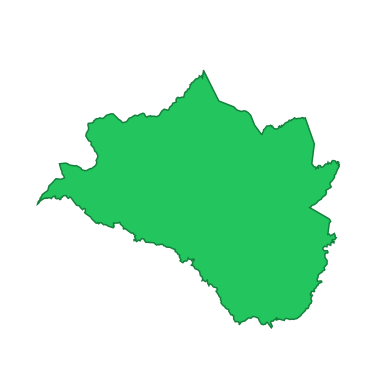 San José Del Fragua, Caquetá, Colombia, rotated 280°
{"feature_id": "7082276B10460666438069", "entity_name": "San José Del Fragua", "entity_type": "district", "adm_level": 2, "iso_a3": "COL", "parent_name": "Colombia", "parent_adm1": "Caquetá", "projection": "albers", "projection_center": [-76.127, 1.343], "detail": "fine", "context": "isolated", "style": "filled", "palette": "green", "viewbox_px": 384, "rotation_deg": 280, "n_neighbors": 0, "source": "geoboundaries", "source_scale": "gbopen_adm2", "svg_char_len": 6007}
<svg xmlns="http://www.w3.org/2000/svg" viewBox="0 0 384 384"><g transform="rotate(280 192 192)"><path d="M314.1,182.0L313.2,182.4L310.7,182.2L310.1,182.9L308.5,181.5L307.6,182.7L306.4,182.5L307.2,182.1L306.8,181.4L307.7,179.1L306.5,179.2L304.6,177.9L303.9,176.0L300.5,174.1L299.6,172.8L297.8,172.1L297.1,171.4L296.7,171.9L293.2,171.4L292.5,169.8L289.9,169.4L289.9,168.6L288.6,167.7L283.9,167.4L283.6,165.4L282.5,163.5L282.8,161.7L282.3,161.0L280.5,160.2L277.9,160.9L276.0,157.6L274.1,157.3L271.6,155.3L269.1,154.9L268.4,154.1L268.7,150.2L266.6,148.3L261.8,146.4L260.1,144.3L260.0,140.8L259.4,139.2L260.0,137.8L259.3,137.2L259.0,135.7L257.9,134.7L258.4,133.1L260.7,131.5L261.1,130.1L258.9,126.5L257.6,125.6L257.7,122.4L254.5,118.9L253.9,117.4L249.8,115.3L248.3,112.0L248.4,111.2L249.9,109.4L250.7,107.3L255.2,100.8L255.0,98.9L252.7,94.4L249.2,91.9L248.8,90.4L249.1,88.3L248.2,87.5L247.5,85.0L244.6,82.7L243.6,82.8L242.7,81.9L241.6,78.0L240.2,77.8L237.2,79.0L235.3,79.2L231.6,77.8L228.8,77.7L224.5,81.3L224.0,83.5L223.2,84.3L220.9,84.3L218.4,87.6L215.3,89.2L214.5,90.8L211.7,92.8L210.0,93.2L206.5,92.1L204.5,93.1L202.6,92.9L201.0,92.2L197.5,88.9L197.4,87.7L194.6,84.2L194.5,80.6L195.2,79.2L196.2,78.5L197.9,73.6L197.4,72.4L197.3,66.3L198.2,64.9L198.5,62.5L196.8,56.6L191.4,59.1L190.1,60.2L187.5,60.9L185.4,63.1L183.7,63.9L181.7,60.7L181.5,56.1L181.1,55.4L177.0,53.0L173.2,50.1L168.4,49.7L163.6,45.0L161.7,44.7L159.4,43.5L157.7,43.6L156.0,42.3L153.3,42.0L154.4,43.0L156.1,43.5L157.5,44.9L158.7,45.1L158.5,45.9L160.2,47.7L160.3,49.2L161.0,49.6L160.7,50.6L161.7,52.4L161.1,54.6L162.3,55.1L163.6,56.5L164.2,58.0L163.8,58.5L162.7,58.2L162.1,58.7L161.8,60.2L162.4,61.0L162.5,62.1L161.6,62.9L162.0,64.0L164.1,64.2L164.4,65.2L166.0,65.9L166.6,68.7L164.7,70.3L164.3,71.4L165.8,72.5L165.9,73.2L159.0,80.5L158.8,83.6L157.4,84.7L155.6,87.3L157.0,88.5L156.9,89.8L154.4,90.5L153.3,89.8L152.4,90.6L149.6,96.9L148.4,97.6L144.7,103.0L144.8,104.1L145.6,104.7L144.6,105.7L145.6,106.4L146.0,107.9L144.4,110.7L144.8,111.5L144.6,114.2L143.9,115.1L143.1,120.5L144.3,121.3L145.2,120.4L145.8,120.9L147.0,120.1L148.0,120.4L147.7,121.2L148.3,122.1L148.4,124.3L149.6,125.7L149.3,126.5L148.3,126.7L147.3,127.9L146.2,129.9L145.0,130.8L143.9,130.7L143.6,131.1L144.4,132.4L141.0,139.2L141.3,141.1L140.1,142.1L139.3,144.0L137.9,143.2L135.7,144.9L135.1,143.2L134.1,143.4L134.6,144.6L133.6,146.1L135.2,147.5L134.9,149.4L136.4,149.9L137.5,150.9L137.1,153.3L136.2,153.5L134.5,155.2L135.4,163.2L133.6,166.3L134.3,167.3L134.2,168.7L135.0,169.8L134.9,170.6L135.4,171.5L135.2,172.6L134.2,173.5L134.2,174.7L133.3,176.5L133.7,179.9L132.6,183.8L132.7,185.0L132.4,185.6L131.2,185.4L130.3,186.1L129.9,187.6L128.2,189.0L127.6,190.9L125.9,190.8L123.5,192.8L122.2,192.2L120.8,195.0L121.0,195.6L122.9,196.6L123.0,198.7L124.6,199.6L126.4,199.7L125.3,201.3L125.3,203.0L124.3,203.6L124.7,204.1L125.9,204.0L126.2,205.6L125.4,206.0L123.1,204.9L121.1,204.9L119.8,204.0L119.5,204.9L119.8,206.1L117.0,208.3L116.4,211.4L115.0,213.3L111.1,214.8L110.3,216.5L108.2,217.7L106.5,217.3L107.1,218.6L106.1,220.7L107.8,222.4L105.3,223.1L102.8,224.9L104.5,225.4L104.7,225.9L104.1,227.6L102.2,229.5L102.0,232.9L100.5,234.0L98.5,232.9L95.9,235.5L93.5,237.2L92.9,238.6L91.2,238.6L89.6,239.8L87.9,239.8L85.6,242.3L84.9,244.1L83.8,244.8L83.0,246.2L82.6,248.6L81.0,249.0L77.8,251.6L78.2,252.9L77.6,253.2L77.0,254.6L74.1,255.1L71.7,257.2L72.3,259.2L71.7,261.4L71.2,261.7L70.2,261.2L69.9,261.8L72.7,263.2L74.3,266.6L77.9,269.5L78.0,272.1L79.9,273.3L80.1,275.6L79.3,279.3L77.1,280.5L74.0,283.2L73.7,285.0L74.6,287.3L76.3,287.9L76.8,288.7L72.1,293.7L73.7,294.4L76.9,292.2L78.1,292.2L78.6,292.6L79.0,294.4L80.5,295.1L80.9,296.0L80.7,297.1L82.1,296.7L82.8,296.9L82.7,297.7L81.2,298.5L82.0,300.1L81.5,305.1L82.9,305.5L83.7,306.3L83.9,308.1L83.4,310.5L84.1,311.8L84.1,313.7L85.6,317.3L89.4,320.8L90.5,321.0L94.7,324.1L97.1,324.8L97.3,326.2L97.9,326.7L101.6,327.1L103.1,328.6L105.4,328.9L108.1,327.4L111.3,328.6L111.5,328.2L111.0,327.1L111.4,326.3L112.1,326.2L113.0,327.0L114.4,326.7L115.1,327.5L114.9,329.1L115.3,329.8L115.9,329.9L116.9,329.0L117.5,329.1L118.9,330.6L121.1,331.1L121.9,332.2L123.6,332.4L125.8,335.4L126.7,335.1L126.8,334.5L125.9,331.2L127.4,330.3L130.1,330.9L132.6,330.8L133.7,332.1L134.7,332.4L135.2,333.8L136.7,334.1L138.0,336.1L138.7,336.2L139.8,335.3L140.6,335.2L144.5,337.5L148.1,336.9L150.3,334.5L152.4,333.8L154.5,333.8L155.2,334.6L155.5,336.1L156.3,336.4L157.7,335.4L157.2,333.1L157.4,331.9L158.4,330.9L159.5,330.6L161.5,331.8L161.5,334.4L163.3,334.3L164.1,334.9L163.6,337.8L166.2,337.7L166.8,338.1L166.5,340.6L167.7,340.6L168.3,338.5L169.1,338.3L169.7,338.9L169.7,340.8L172.1,342.0L172.6,340.6L174.2,340.5L175.9,339.3L172.9,336.1L174.5,334.1L173.9,333.1L185.3,332.6L187.1,333.7L189.2,332.0L197.1,310.5L198.2,311.8L199.7,312.5L200.8,314.6L203.0,316.7L205.1,317.8L207.7,320.8L209.0,321.0L212.6,324.3L215.5,324.3L216.8,323.5L220.8,328.1L221.3,328.2L223.2,326.6L225.1,326.4L227.2,328.0L231.1,329.8L233.2,329.4L234.6,330.4L239.0,331.2L242.7,332.5L243.6,331.4L243.9,332.3L244.6,332.4L245.4,331.2L246.6,331.5L247.1,330.8L247.1,330.0L245.8,330.3L245.3,329.5L247.4,327.7L247.5,325.3L246.5,324.3L244.1,324.0L244.5,322.6L243.6,321.6L244.8,320.8L243.3,320.6L242.7,318.6L239.6,316.8L238.7,314.9L240.3,313.9L240.0,312.0L238.8,311.4L238.2,312.2L237.4,312.2L237.6,311.0L236.6,310.0L237.8,310.0L238.3,307.5L240.6,305.1L260.6,304.1L284.7,290.6L283.7,289.4L284.4,288.7L284.4,287.4L283.2,285.9L283.2,284.6L282.1,281.7L282.9,280.1L281.0,278.6L280.2,277.2L279.4,277.1L279.6,275.3L277.6,274.3L277.0,272.9L275.8,271.6L273.4,270.3L273.0,269.5L273.3,268.8L272.9,268.5L271.8,269.0L271.2,268.0L272.2,266.7L271.3,266.0L270.9,266.4L270.2,266.3L268.7,264.7L268.7,261.8L270.1,260.4L270.1,259.4L271.1,259.2L270.9,258.5L271.4,257.9L270.7,257.0L269.9,254.1L266.9,252.8L265.7,251.6L264.1,251.8L260.8,250.8L260.8,250.4L268.6,242.1L277.7,236.5L279.9,233.5L281.0,230.9L280.9,228.8L279.9,226.6L280.5,222.0L283.1,218.4L286.3,202.6L314.1,182.0Z" fill="#22c55e" stroke="#15803d" stroke-width="1.5"/></g></svg>